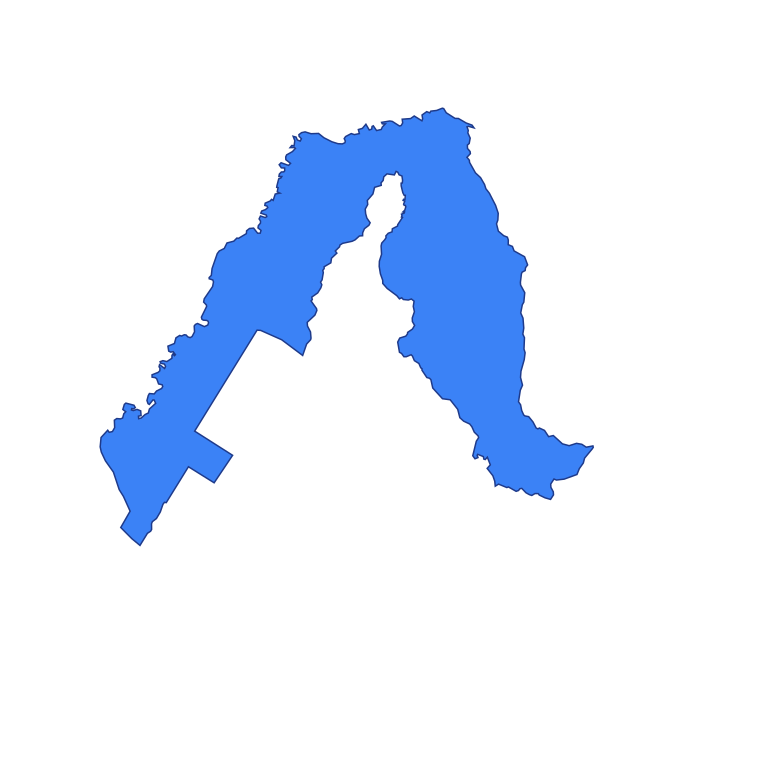 outline of Pimenteiras do Oeste, Rondônia, Brazil, rotated 122°
{"feature_id": "56859067B54089399985643", "entity_name": "Pimenteiras do Oeste", "entity_type": "district", "adm_level": 2, "iso_a3": "BRA", "parent_name": "Brazil", "parent_adm1": "Rondônia", "projection": "mercator", "projection_center": [-61.562, -13.01], "detail": "fine", "context": "isolated", "style": "filled", "palette": "blue", "viewbox_px": 768, "rotation_deg": 122, "n_neighbors": 0, "source": "geoboundaries", "source_scale": "gbopen_adm2", "svg_char_len": 6171}
<svg xmlns="http://www.w3.org/2000/svg" viewBox="0 0 768 768"><g transform="rotate(122 384 384)"><path d="M650.2,505.4L636.0,505.5L632.5,503.9L630.5,504.0L625.7,507.1L623.5,507.5L618.6,505.7L611.0,505.9L603.2,507.7L600.7,507.5L600.0,505.8L557.8,506.0L557.8,475.7L524.7,474.6L524.3,519.6L405.6,520.2L403.9,517.0L400.7,494.2L402.9,468.1L391.1,470.8L385.3,469.7L383.8,470.2L378.8,473.9L375.4,479.6L372.4,481.8L362.2,479.1L357.2,479.9L355.8,481.2L352.2,489.9L350.5,489.5L348.6,491.3L341.9,488.5L335.9,488.5L332.8,489.3L331.2,491.8L328.5,491.7L321.7,494.5L320.1,496.1L317.9,495.9L316.3,496.9L309.4,493.3L305.1,495.2L298.0,493.3L297.0,495.8L291.2,494.4L289.5,495.0L286.6,493.6L279.9,486.7L277.1,484.9L271.5,483.3L269.6,480.7L267.1,482.2L262.7,482.9L257.4,480.9L254.6,481.2L252.4,486.4L249.3,489.8L245.6,492.6L240.4,492.9L237.2,495.4L228.7,494.1L222.2,496.2L217.0,491.6L215.0,493.1L211.8,492.6L208.4,494.0L204.2,492.8L201.2,486.0L197.3,486.4L197.1,484.5L198.6,482.1L198.1,479.0L201.4,476.2L203.8,475.0L204.6,475.9L206.9,474.4L211.8,469.4L213.3,466.9L212.7,465.9L216.2,464.1L217.0,465.3L218.2,465.1L217.8,463.3L221.1,462.7L221.8,461.5L221.2,460.5L222.2,459.4L225.5,458.5L228.0,459.1L227.3,457.7L228.5,457.5L230.7,459.2L231.9,457.8L233.2,457.7L233.0,456.6L241.6,456.8L242.9,456.2L247.9,459.2L250.7,457.8L253.9,460.3L257.4,460.9L258.8,459.8L261.1,459.8L265.7,460.6L268.5,459.6L275.3,454.8L282.3,453.0L286.8,450.4L292.5,445.4L296.7,440.1L299.4,438.3L301.3,431.9L302.3,419.9L303.6,416.0L301.5,414.7L302.1,412.4L299.9,407.9L297.4,405.8L297.8,402.4L302.7,400.3L306.6,396.5L313.1,395.0L316.0,393.0L318.1,389.1L322.4,389.0L327.7,391.3L329.2,390.6L331.9,390.9L336.7,395.0L341.2,394.6L348.9,387.7L348.8,385.3L350.3,381.6L349.1,379.6L344.8,376.5L345.2,374.8L348.1,370.6L348.1,365.3L350.8,361.4L350.9,359.9L352.2,359.1L355.8,351.1L355.0,348.4L355.5,346.5L361.6,340.5L365.5,326.6L362.3,319.5L366.4,308.1L372.4,301.8L373.3,296.7L372.5,290.1L373.7,286.8L377.0,281.9L378.1,276.7L379.4,275.3L383.6,275.4L397.8,270.7L399.2,267.2L396.6,265.3L395.2,267.2L394.0,267.3L392.9,261.3L394.8,259.5L394.4,258.1L391.3,257.6L396.2,251.0L400.9,251.8L404.1,243.1L407.7,238.6L411.7,235.5L408.2,233.8L406.7,224.9L405.4,224.0L405.0,215.1L403.1,213.5L400.7,213.2L399.5,211.8L401.0,206.0L400.8,202.1L400.2,199.6L396.9,197.9L395.2,195.1L395.9,193.5L395.2,187.1L393.6,181.6L388.2,181.5L385.7,183.3L383.2,187.7L380.5,189.6L374.5,189.5L374.1,186.9L369.2,180.8L358.5,172.4L352.3,173.5L345.4,173.1L340.6,174.6L328.5,173.0L326.8,173.0L325.8,174.0L330.4,179.0L330.3,184.3L332.3,189.3L338.2,194.3L340.2,201.0L338.0,213.1L341.4,216.5L338.3,223.3L339.0,228.9L340.5,229.7L340.7,231.6L337.2,237.6L335.0,244.0L336.4,247.6L336.2,249.2L333.5,253.2L329.2,257.2L327.8,260.5L317.1,265.1L311.6,265.9L306.1,271.7L300.6,274.6L289.0,278.0L282.7,280.9L280.2,283.8L270.3,289.4L268.1,292.7L262.5,295.1L254.5,301.0L251.3,305.7L243.5,308.7L240.5,308.8L232.0,313.0L227.7,320.6L225.5,322.2L217.6,325.9L215.9,326.1L213.0,324.4L210.4,325.6L206.9,325.3L201.6,332.2L202.2,344.2L199.3,348.0L200.0,352.5L196.0,354.9L194.1,357.2L194.8,361.1L193.8,368.0L188.5,373.5L184.7,374.3L178.7,377.6L173.4,384.0L166.4,395.7L164.4,401.1L161.5,404.5L157.8,411.5L156.5,418.3L150.7,428.9L149.0,430.2L147.8,433.8L142.9,432.8L141.2,434.2L140.0,438.0L137.2,439.9L134.9,439.2L129.8,441.2L126.6,446.0L124.3,446.9L121.9,449.9L120.7,448.9L119.1,443.4L117.8,446.5L119.1,452.6L119.4,461.6L121.1,464.5L121.0,474.9L118.8,479.3L119.2,480.7L124.1,484.3L127.8,488.9L129.8,488.9L130.4,492.1L135.7,494.3L138.7,491.7L140.7,491.3L140.7,500.4L144.8,502.1L149.8,508.9L152.7,506.5L155.7,506.4L157.0,507.6L156.9,516.1L157.9,518.5L163.4,524.7L164.3,523.3L162.7,520.7L167.0,521.6L169.6,521.2L173.0,524.6L170.7,529.9L171.9,530.6L174.4,529.5L176.4,531.1L173.3,537.0L178.7,537.8L181.8,540.6L184.7,537.6L188.2,541.3L189.0,544.5L194.5,547.7L197.0,547.8L198.4,545.6L200.1,545.0L202.5,546.6L204.6,550.4L206.2,556.6L207.0,565.4L206.2,572.3L210.4,578.5L212.0,584.5L214.5,587.1L217.6,588.3L218.9,587.3L219.8,584.0L222.4,583.8L223.0,586.8L221.2,589.4L222.1,592.3L224.9,588.6L229.6,586.5L230.6,588.6L233.3,588.9L230.9,585.2L231.1,584.0L235.4,584.8L241.3,588.0L243.5,587.7L245.8,586.1L246.4,580.2L249.2,580.8L250.9,588.5L253.6,589.1L255.1,585.6L253.5,582.7L255.8,581.2L257.2,581.4L258.6,583.4L261.4,584.0L263.7,583.1L262.2,580.6L263.9,580.6L265.8,582.0L272.5,579.9L274.1,579.2L273.6,577.9L277.6,576.4L277.3,573.4L280.5,576.9L287.0,575.3L287.0,577.2L289.1,577.5L293.6,580.6L295.7,579.7L295.1,577.5L296.0,576.0L299.0,577.0L302.1,579.4L304.4,579.0L303.1,573.3L304.2,572.1L305.8,573.0L307.0,577.8L310.2,577.4L311.2,575.1L313.1,574.0L316.2,574.5L318.4,573.6L318.9,569.7L321.7,568.9L323.1,571.1L320.9,577.2L323.4,580.5L326.9,581.7L329.4,580.4L337.6,584.6L338.2,586.1L342.5,587.1L347.6,591.9L353.7,591.3L358.5,594.2L361.8,594.5L377.2,591.0L383.4,588.0L386.4,588.7L387.4,588.0L386.5,584.3L387.8,582.7L392.2,581.0L407.0,581.6L410.1,580.4L411.1,576.5L412.3,575.5L424.1,574.3L425.6,572.7L425.6,571.1L424.0,568.0L424.0,566.4L425.1,565.2L427.4,564.7L430.5,566.7L431.5,574.2L433.4,575.5L435.4,575.7L440.2,572.3L445.5,571.9L447.4,573.0L448.0,575.4L447.3,577.8L448.1,579.5L450.6,581.1L451.1,583.0L455.1,584.9L460.7,583.2L466.4,587.3L470.2,584.0L470.0,581.8L468.3,579.9L469.7,576.4L471.1,576.8L470.3,578.9L472.0,579.0L474.6,577.5L480.0,580.0L481.4,583.9L483.7,585.7L484.7,584.4L483.5,580.7L484.8,578.6L487.1,578.3L486.5,584.6L488.6,583.9L489.3,582.4L491.6,581.1L493.8,581.7L499.1,585.6L501.1,584.3L499.8,581.2L500.1,579.4L503.4,575.2L502.2,571.7L503.4,570.3L505.6,570.2L510.5,573.2L514.2,573.6L516.4,577.9L518.7,577.8L523.6,576.3L525.7,573.7L525.7,572.2L519.9,571.5L519.4,570.4L521.4,567.4L529.5,569.7L533.5,568.5L536.4,570.4L541.6,571.9L543.4,573.7L541.4,575.2L539.5,573.3L535.7,576.1L536.4,580.0L539.4,582.5L539.9,584.4L538.5,584.9L537.6,583.1L535.8,582.4L534.5,584.8L537.0,592.8L538.9,593.4L544.0,592.0L544.4,588.3L547.1,588.9L551.4,587.6L553.3,589.1L554.9,592.3L557.6,593.5L563.7,589.3L568.2,589.1L570.6,591.4L569.6,593.8L579.3,595.6L587.7,591.4L591.5,587.7L596.8,579.5L602.1,566.8L613.9,552.6L617.4,545.4L626.4,531.9L645.2,531.2L648.8,515.9L650.2,505.4Z" fill="#3b82f6" stroke="#1e3a8a" stroke-width="1.5"/></g></svg>